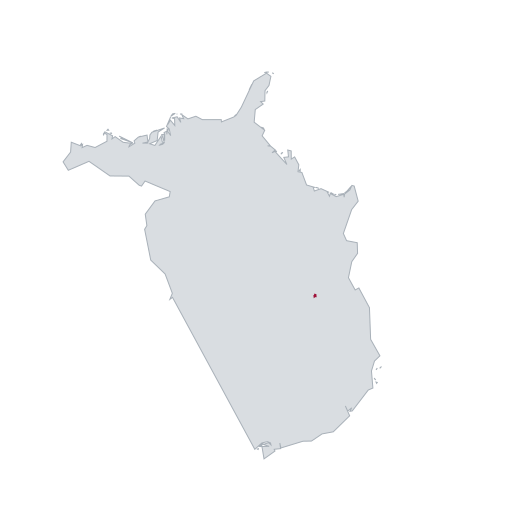 Los Alamos, New Mexico, United States of America (highlighted), rotated 240°
{"feature_id": "52423323B125057761127", "entity_name": "Los Alamos", "entity_type": "district", "adm_level": 2, "iso_a3": "USA", "parent_name": "United States of America", "parent_adm1": "New Mexico", "projection": "albers", "projection_center": [-106.278, 35.865], "detail": "fine", "context": "in_parent", "style": "filled", "palette": "rose", "viewbox_px": 512, "rotation_deg": 240, "n_neighbors": 0, "source": "geoboundaries", "source_scale": "gbopen_adm2", "svg_char_len": 4061}
<svg xmlns="http://www.w3.org/2000/svg" viewBox="0 0 512 512"><g transform="rotate(240 256 256)"><path d="M398.3,169.6L421.5,158.7L424.1,136.3L434.0,136.0L438.7,147.4L446.9,152.9L439.0,159.3L439.3,161.6L436.8,159.6L436.3,165.0L430.4,170.9L429.9,184.3L435.7,187.7L438.3,186.1L436.7,184.2L438.0,184.9L439.1,187.2L431.8,191.9L429.4,189.8L429.8,193.7L420.9,197.8L415.5,204.9L415.4,202.0L414.1,200.6L414.3,207.5L416.7,208.0L417.8,213.6L415.2,222.1L408.8,219.4L410.5,214.1L408.0,218.3L410.9,222.6L413.9,224.7L415.2,227.7L412.6,240.9L412.3,233.2L405.4,228.1L406.4,220.0L402.3,223.7L407.2,233.6L401.6,231.9L400.1,232.7L400.6,229.0L400.2,228.0L399.4,231.0L400.0,233.3L408.3,235.1L407.2,237.5L403.0,234.8L401.6,234.6L406.9,237.7L408.9,238.1L408.7,241.0L405.9,239.6L410.5,242.6L409.8,243.4L407.6,241.9L402.9,242.3L409.5,244.4L412.9,243.2L419.3,251.8L414.0,245.3L416.4,249.8L409.6,250.9L415.7,254.2L417.6,252.1L416.0,257.3L409.3,257.7L413.8,258.8L411.1,262.0L415.5,262.4L408.8,265.6L407.1,273.8L400.9,277.7L391.5,294.1L389.4,293.1L387.5,306.2L387.8,309.2L392.2,317.7L408.8,341.6L409.1,356.5L404.1,358.7L397.2,352.5L394.7,346.5L385.8,341.1L387.4,337.2L384.0,338.2L383.2,328.6L372.8,321.3L360.5,326.4L357.0,321.4L344.4,323.5L345.6,321.1L343.8,323.6L338.2,325.7L337.4,321.5L337.0,324.7L319.8,328.5L327.5,329.4L325.6,333.7L331.9,336.5L329.4,339.0L322.3,335.0L322.5,339.0L313.6,338.7L308.0,334.5L305.4,337.5L292.2,335.3L285.5,341.7L287.2,340.0L283.1,339.0L281.8,346.0L274.5,351.2L276.2,349.7L271.0,349.5L273.0,351.6L267.3,355.1L265.6,362.7L262.8,361.8L265.3,363.6L266.3,370.4L269.2,374.3L267.5,376.0L252.4,371.9L248.4,362.1L231.8,342.9L224.0,342.1L216.9,350.3L207.5,345.3L203.2,336.1L191.0,325.2L177.0,324.9L176.9,329.1L154.5,328.4L126.5,313.6L107.6,313.4L105.8,306.1L98.7,298.5L83.2,291.2L83.8,286.2L73.7,261.9L74.5,259.7L76.7,263.0L75.8,257.9L81.5,258.4L70.8,257.2L65.1,235.0L68.9,224.3L68.0,211.5L72.1,204.1L77.3,181.6L82.1,183.1L76.9,181.0L79.5,175.1L77.6,174.9L76.3,161.5L88.0,165.9L84.6,172.2L89.2,168.1L88.0,173.6L84.9,174.5L86.9,175.1L89.5,173.1L91.2,167.6L89.2,158.3L261.9,163.0L261.5,159.7L265.5,164.9L285.8,168.3L305.1,162.8L334.8,172.9L336.9,176.7L347.6,181.0L354.2,196.1L350.6,210.5L354.7,213.9L376.4,197.4L373.8,191.8L375.7,190.2L388.7,185.9L398.3,169.6ZM424.6,199.5L428.3,197.4L415.5,206.0L425.6,197.4L424.6,199.5ZM89.3,163.8L90.4,167.6L90.2,168.2L88.4,165.1L89.3,163.8ZM268.8,373.2L266.3,367.3L266.2,363.9L266.8,367.5L268.8,373.2ZM440.1,159.4L440.7,161.2L440.0,161.0L440.1,159.4ZM308.4,336.2L308.9,337.6L307.4,336.7L308.4,336.2ZM88.7,297.7L90.6,297.2L90.7,297.4L88.7,297.7ZM86.8,296.9L85.9,297.8L85.4,296.8L86.8,296.9ZM435.5,190.8L434.8,192.3L434.4,192.2L435.5,190.8ZM267.0,360.7L266.1,363.5L268.3,357.9L267.0,360.7ZM403.7,333.6L406.9,338.4L403.2,333.2L403.7,333.6ZM97.7,303.5L98.3,305.0L97.5,303.6L97.7,303.5ZM410.1,357.0L408.9,359.1L410.7,354.9L410.1,357.0ZM420.8,254.9L419.9,257.4L419.6,252.1L420.8,254.9ZM88.1,160.7L88.0,161.7L87.4,161.1L88.1,160.7ZM273.2,352.7L270.5,354.2L273.2,352.3L273.2,352.7ZM439.4,189.9L439.8,191.2L438.6,191.3L439.4,189.9ZM97.1,307.5L97.6,309.4L96.9,307.7L97.1,307.5ZM269.9,355.3L268.8,356.1L269.7,354.9L269.9,355.3ZM415.3,230.1L414.5,233.3L415.2,228.9L415.3,230.1ZM284.8,343.0L283.1,344.3L285.5,342.1L284.8,343.0ZM388.1,307.5L388.4,309.8L387.8,308.3L388.1,307.5ZM416.2,262.6L415.8,263.2L416.9,261.1L416.2,262.6ZM365.0,324.9L363.1,326.5L362.2,326.4L365.0,324.9ZM337.3,325.5L337.0,325.9L335.8,326.1L337.3,325.5ZM392.4,347.3L393.1,348.7L391.9,347.1L392.4,347.3ZM332.4,329.6L332.3,331.1L331.7,328.5L332.4,329.6ZM406.1,362.0L404.9,362.5L406.5,361.6L406.1,362.0ZM417.7,214.6L417.4,216.2L417.7,214.0L417.7,214.6ZM418.7,258.2L418.2,258.9L418.7,258.2Z" fill="#d9dde1" stroke="#a8b0b8" stroke-width="1"/><path d="M192.5,287.4L192.5,286.7L192.5,286.4L192.4,286.3L192.1,286.3L192.0,286.5L191.5,286.5L191.4,286.4L191.4,287.6L191.2,287.7L191.3,287.8L191.5,287.8L192.3,288.0L192.5,288.3L192.8,288.2L192.9,287.9L193.1,287.7L192.8,287.6L192.7,287.6L192.4,287.5L192.4,287.4L192.5,287.4Z" fill="#f43f5e" stroke="#9f1239" stroke-width="1.5"/></g></svg>